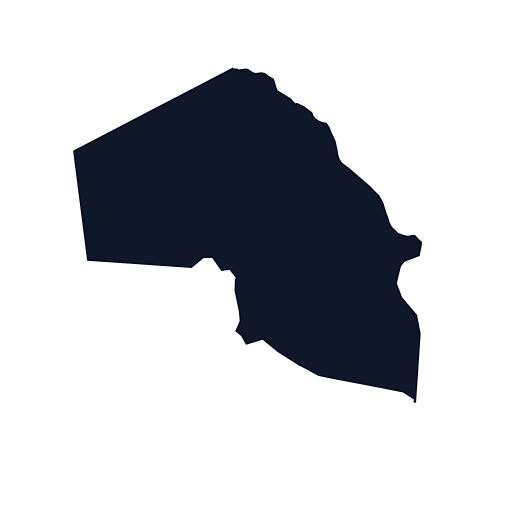 Descolons, Soufrière, Saint Lucia (Natural Earth projection), rotated 343°
{"feature_id": "8701671B18221439700807", "entity_name": "Descolons", "entity_type": "district", "adm_level": 2, "iso_a3": "LCA", "parent_name": "Saint Lucia", "parent_adm1": "Soufrière", "projection": "natural_earth1", "projection_center": [-61.022, 13.861], "detail": "fine", "context": "isolated", "style": "filled", "palette": "ink", "viewbox_px": 512, "rotation_deg": 343, "n_neighbors": 0, "source": "geoboundaries", "source_scale": "gbopen_adm2", "svg_char_len": 1562}
<svg xmlns="http://www.w3.org/2000/svg" viewBox="0 0 512 512"><g transform="rotate(343 256 256)"><path d="M288.1,69.9L287.3,70.1L199.1,86.4L112.5,102.5L94.0,210.7L190.9,247.8L205.0,241.9L206.9,242.4L214.1,244.3L219.1,259.6L227.1,260.7L231.2,271.3L229.6,272.8L226.1,283.1L224.1,304.3L222.1,313.7L215.1,321.9L219.1,327.8L221.1,337.2L238.2,337.2L249.2,353.7L263.8,370.7L266.3,373.6L266.7,373.7L267.1,373.7L266.9,373.9L281.1,388.3L296.8,396.9L328.1,413.3L357.0,428.8L365.8,439.1L366.1,439.4L364.7,441.6L365.3,441.9L365.7,442.1L374.0,420.4L390.0,378.2L391.0,369.0L392.0,359.5L386.4,346.5L382.9,338.4L381.9,323.1L391.0,307.8L391.1,307.7L396.0,304.3L398.9,304.0L412.1,303.1L413.1,301.1L417.1,293.7L417.6,292.2L418.0,291.1L416.0,287.8L413.6,282.9L410.4,282.1L407.5,282.0L405.4,281.1L404.7,280.8L404.5,280.6L402.2,279.1L399.7,277.2L398.3,276.2L395.2,270.7L393.7,267.8L393.4,265.9L392.9,263.0L392.9,258.3L392.9,256.8L392.6,254.0L392.6,247.9L392.6,247.4L392.6,246.3L392.5,241.2L390.8,234.1L387.9,228.8L385.4,223.7L370.3,199.7L364.8,192.2L363.5,187.5L363.5,183.5L364.3,177.5L365.0,169.3L363.6,159.8L363.2,154.5L361.8,149.7L357.9,147.8L355.2,145.4L352.5,142.2L351.3,139.3L351.1,135.4L345.2,127.4L339.8,122.4L338.2,122.4L336.6,120.3L335.0,116.3L328.4,108.8L324.3,104.3L324.1,100.4L324.1,99.0L324.1,98.7L324.1,95.6L324.2,94.0L324.0,91.9L321.9,89.7L319.6,87.1L317.6,84.2L314.4,82.5L312.1,82.2L308.4,81.4L306.8,80.3L304.5,77.9L302.5,75.3L300.7,74.4L299.5,74.2L294.0,73.3L292.8,72.8L292.7,72.1L287.9,70.3L288.1,69.9Z" fill="#0f172a" stroke="#020617" stroke-width="1.5"/></g></svg>